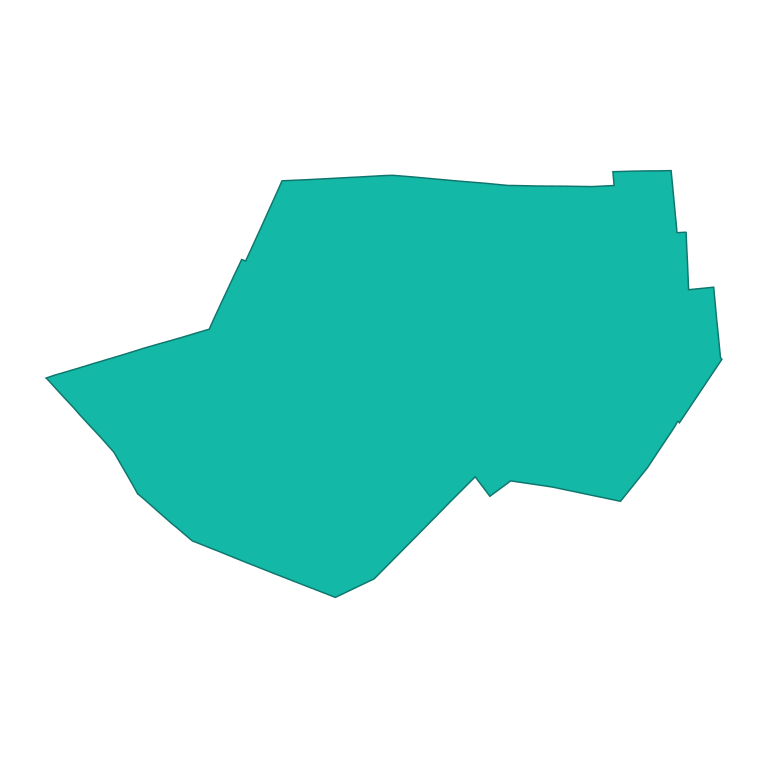 Varias, Timis, Romania
{"feature_id": "2599482B99754061037877", "entity_name": "Varias", "entity_type": "district", "adm_level": 2, "iso_a3": "ROU", "parent_name": "Romania", "parent_adm1": "Timis", "projection": "albers", "projection_center": [20.97, 45.991], "detail": "fine", "context": "isolated", "style": "filled", "palette": "teal", "viewbox_px": 768, "rotation_deg": 0, "n_neighbors": 0, "source": "geoboundaries", "source_scale": "gbopen_adm2", "svg_char_len": 1715}
<svg xmlns="http://www.w3.org/2000/svg" viewBox="0 0 768 768"><path d="M335.3,597.4L374.2,578.8L412.3,540.3L441.1,511.1L449.5,502.5L470.7,481.3L475.2,476.8L489.9,496.3L490.4,495.9L510.7,480.9L515.5,481.6L542.1,485.5L552.6,487.1L620.5,501.3L647.7,467.4L659.1,450.1L667.0,438.3L670.3,433.4L674.7,426.6L676.3,423.8L677.2,422.1L678.0,421.3L679.4,422.8L710.7,376.0L721.9,359.3L720.5,357.6L718.3,335.3L716.8,320.8L715.2,303.5L713.7,287.2L702.7,288.3L688.6,289.7L687.5,262.8L686.8,249.0L686.1,232.4L685.2,232.2L684.3,232.3L678.7,232.6L677.0,232.6L676.3,224.8L675.4,215.6L674.0,200.7L672.4,183.8L671.1,170.6L655.9,170.9L648.5,170.9L647.3,170.9L630.9,171.2L612.9,171.7L614.1,185.5L591.7,186.6L565.4,186.2L537.8,186.0L513.8,185.5L508.6,185.5L485.6,183.3L458.8,181.1L433.2,178.8L411.3,176.8L392.5,175.3L386.1,175.5L374.8,176.1L357.1,177.1L350.4,177.4L335.9,178.2L306.8,179.7L282.0,180.8L279.3,187.0L273.3,200.3L266.7,214.9L260.4,228.9L255.6,239.3L250.3,250.9L245.6,261.0L241.6,259.5L240.1,262.9L233.6,276.5L228.0,288.5L221.1,303.2L214.2,318.1L209.2,329.2L200.7,331.7L180.7,337.7L159.2,343.8L144.5,348.0L136.3,350.6L115.8,356.9L93.6,363.5L74.6,369.3L54.1,375.3L46.1,378.1L46.4,378.3L46.7,378.5L63.1,396.5L69.5,403.3L74.1,408.3L79.1,414.1L85.3,420.8L89.8,425.7L97.5,433.9L103.5,440.5L108.7,446.4L109.8,447.6L113.1,451.3L114.4,453.0L118.2,459.7L120.0,462.8L122.2,466.6L127.1,475.1L132.0,483.6L135.4,489.7L137.8,494.1L138.2,494.2L144.8,499.8L147.6,502.3L152.7,506.8L159.8,513.1L166.8,519.2L171.4,523.3L176.5,527.4L183.6,533.5L192.3,540.9L202.0,544.7L213.8,549.5L214.3,549.6L226.2,554.4L227.8,555.1L246.2,562.5L275.7,574.2L285.1,577.8L288.5,579.2L308.1,586.8L335.3,597.4Z" fill="#14b8a6" stroke="#0f766e" stroke-width="1.5"/></svg>